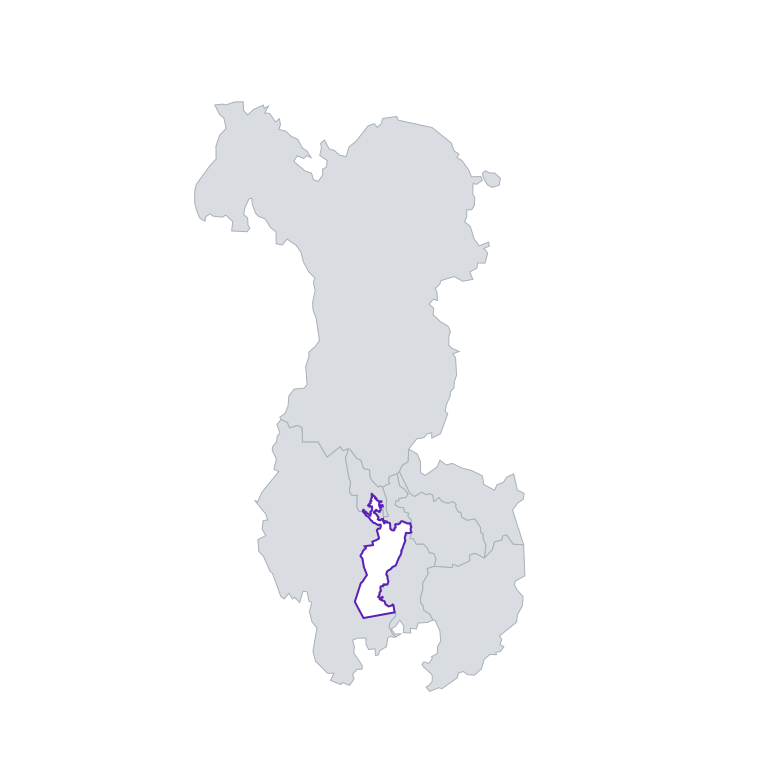 Uzbekistan and the surrounding countries, rotated 257°
{"feature_id": "UZB", "entity_name": "Uzbekistan", "entity_type": "country or territory", "adm_level": 0, "iso_a3": "UZB", "parent_name": "Asia", "parent_adm1": "", "projection": "robinson", "projection_center": [66.075, 41.364], "detail": "fine", "context": "with_neighbors", "style": "outline", "palette": "violet", "viewbox_px": 768, "rotation_deg": 257, "n_neighbors": 8, "source": "natural_earth", "source_scale": "50m", "svg_char_len": 13917}
<svg xmlns="http://www.w3.org/2000/svg" viewBox="0 0 768 768"><g transform="rotate(257 384 384)"><path d="M372.6,275.7L368.1,281.3L362.6,282.1L363.1,290.6L359.7,294.4L346.0,291.6L342.4,306.8L325.7,312.1L332.8,327.0L328.2,329.3L329.1,334.2L324.7,332.9L321.0,329.8L299.1,328.7L296.6,329.6L286.6,326.0L282.7,327.8L281.8,332.9L270.2,329.9L265.7,331.1L264.2,334.9L251.1,342.5L248.1,348.6L245.4,348.7L243.5,344.6L234.5,344.3L233.1,337.3L229.7,337.2L230.2,328.6L221.9,322.3L201.9,324.2L195.4,316.5L178.2,306.4L160.3,311.4L159.1,343.1L155.4,343.5L150.9,336.8L146.3,334.4L138.2,336.2L135.0,339.0L134.7,336.9L136.7,333.4L135.5,330.4L127.6,327.4L125.0,319.7L121.4,317.6L121.3,314.8L128.0,315.6L128.7,309.3L134.6,307.9L140.5,309.2L142.3,300.9L141.4,295.7L134.6,296.1L129.0,294.0L114.3,299.5L111.0,298.2L112.1,293.8L108.3,288.1L103.2,288.4L98.1,282.6L102.6,276.2L100.8,274.5L107.1,265.2L113.4,270.1L114.8,264.0L129.4,254.9L139.7,254.7L161.4,263.8L168.6,260.3L179.1,260.2L187.4,264.5L189.4,262.0L198.7,262.4L200.4,258.4L190.0,252.7L196.4,248.7L195.2,246.4L201.6,244.2L197.0,238.5L200.1,235.7L224.3,232.8L227.4,230.8L243.5,227.7L249.2,224.3L260.7,226.1L263.0,234.7L269.7,232.6L278.1,235.5L277.7,240.0L283.9,239.5L299.7,231.7L297.5,234.3L306.1,240.7L322.4,261.8L325.6,257.5L335.1,262.3L344.4,260.1L348.2,261.6L351.9,266.4L356.8,268.0L360.0,271.6L368.5,270.5L372.6,275.7Z" fill="#d9dde1" stroke="#a8b0b8" stroke-width="1"/><path d="M315.0,393.4L308.3,400.7L300.2,402.0L289.2,399.8L285.7,403.6L291.2,417.1L297.2,421.4L291.1,426.4L291.3,432.6L284.4,441.3L279.9,450.1L272.3,459.2L263.7,458.6L255.6,467.7L260.5,471.6L261.4,478.3L265.7,482.7L267.2,490.1L250.7,490.1L245.8,495.9L240.3,493.7L238.0,487.5L232.3,480.9L195.9,483.9L198.8,473.8L209.5,469.3L209.0,465.3L205.4,463.9L205.3,456.2L198.2,452.4L191.7,442.6L204.0,447.0L211.4,445.7L215.8,446.8L217.3,444.9L222.5,445.7L232.1,442.1L232.3,434.7L236.4,429.8L241.8,429.8L242.6,427.4L248.2,426.2L250.9,427.0L253.8,424.6L253.3,419.4L256.4,414.1L261.0,411.9L258.0,406.2L265.0,406.4L266.9,403.3L266.6,400.0L270.1,396.3L267.4,388.4L271.5,384.6L295.1,379.2L300.6,383.2L303.0,389.9L315.0,393.4Z" fill="#d9dde1" stroke="#a8b0b8" stroke-width="1"/><path d="M233.2,377.2L237.2,377.3L244.8,380.1L250.0,377.4L252.4,379.0L254.7,375.1L259.0,375.2L260.7,370.5L263.8,367.5L267.6,369.4L266.9,372.1L269.1,372.5L268.6,379.8L271.5,382.6L277.1,379.9L281.5,376.1L293.8,376.7L295.1,379.2L271.5,384.6L267.4,388.4L270.1,396.3L266.6,400.0L266.9,403.3L265.0,406.4L258.0,406.2L261.0,411.9L256.4,414.1L253.3,419.4L253.8,424.6L250.9,427.0L248.2,426.2L242.6,427.4L241.8,429.8L236.4,429.8L232.3,434.7L232.1,442.1L222.5,445.7L217.3,444.9L215.8,446.8L211.4,445.7L204.0,447.0L191.7,442.6L198.5,434.7L198.0,429.1L192.4,427.7L189.7,415.2L192.9,410.4L189.7,409.2L195.0,392.0L202.3,395.3L207.7,394.2L209.3,390.2L215.0,388.9L219.1,386.3L220.5,379.4L226.6,377.7L227.7,374.6L233.2,377.2Z" fill="#d9dde1" stroke="#a8b0b8" stroke-width="1"/><path d="M242.6,379.1L246.6,370.3L245.0,363.9L239.8,361.8L241.6,358.0L247.5,358.4L253.0,348.1L262.4,346.1L261.0,350.1L262.0,352.5L264.9,352.3L262.4,354.9L254.7,353.5L254.1,358.5L261.8,357.8L270.6,360.6L284.0,359.3L286.0,367.3L288.3,366.4L292.7,368.4L293.8,376.7L281.5,376.1L277.1,379.9L271.5,382.6L268.6,379.8L269.1,372.5L266.9,372.1L267.6,369.4L263.8,367.5L260.7,370.5L259.0,375.2L254.7,375.1L252.4,379.0L250.0,377.4L244.8,380.1L242.6,379.1Z" fill="#d9dde1" stroke="#a8b0b8" stroke-width="1"/><path d="M264.2,334.9L265.7,331.1L270.2,329.9L281.8,332.9L282.7,327.8L286.6,326.0L296.6,329.6L299.1,328.7L321.0,329.8L324.7,332.9L329.1,334.2L328.2,336.1L317.5,340.8L315.2,344.2L306.2,345.2L303.8,350.7L296.3,349.5L291.5,351.2L284.9,355.3L285.9,357.3L284.0,359.3L270.6,360.6L261.8,357.8L254.1,358.5L254.7,353.5L262.4,354.9L264.9,352.3L270.3,353.1L279.2,346.9L270.7,342.4L265.8,344.5L260.5,341.3L266.3,335.7L264.2,334.9Z" fill="#d9dde1" stroke="#a8b0b8" stroke-width="1"/><path d="M135.0,339.0L138.2,336.2L146.3,334.4L150.9,336.8L155.4,343.5L167.0,343.0L166.0,338.7L172.1,335.7L178.2,330.7L187.4,335.3L188.0,342.1L190.6,343.9L198.2,343.5L200.6,345.0L203.9,353.9L216.5,364.0L233.4,371.9L233.2,377.2L227.7,374.6L226.6,377.7L220.5,379.4L219.1,386.3L215.0,388.9L209.3,390.2L207.7,394.2L202.3,395.3L195.0,392.0L194.5,384.7L189.1,384.4L181.1,376.8L175.4,375.8L167.6,371.4L162.6,370.6L159.4,372.2L154.6,372.0L149.3,376.9L143.0,378.6L141.9,372.5L143.4,363.4L138.0,360.5L140.1,354.6L135.4,354.1L137.4,346.8L143.9,348.9L150.3,346.2L145.4,341.0L143.7,336.1L137.9,338.3L136.8,344.6L135.0,339.0Z" fill="#d9dde1" stroke="#a8b0b8" stroke-width="1"/><path d="M101.0,441.7L97.2,437.2L97.4,432.6L95.0,432.6L96.6,426.3L93.2,419.7L84.5,414.9L80.0,406.6L82.1,399.9L85.9,396.9L85.8,391.8L81.2,389.2L74.1,371.9L75.7,369.2L74.3,359.3L79.3,356.8L80.2,360.1L83.5,364.1L88.2,365.3L90.8,365.0L99.7,358.6L102.4,358.0L104.3,360.5L101.6,364.8L105.7,369.3L107.5,368.9L109.4,375.3L116.0,377.1L120.8,381.4L130.9,382.9L142.2,380.6L143.0,378.6L149.3,376.9L154.6,372.0L159.4,372.2L162.6,370.6L167.6,371.4L175.4,375.8L181.1,376.8L189.1,384.4L194.5,384.7L195.0,392.0L189.7,409.2L192.9,410.4L189.7,415.2L192.4,427.7L198.0,429.1L198.5,434.7L191.7,442.6L198.2,452.4L205.3,456.2L205.4,463.9L209.0,465.3L209.5,469.3L198.8,473.8L195.9,483.9L165.4,478.1L162.4,467.5L158.9,465.9L153.1,467.5L145.5,471.7L136.5,468.8L129.2,462.1L122.2,459.7L112.5,439.8L108.5,441.2L103.9,438.4L101.0,441.7Z" fill="#d9dde1" stroke="#a8b0b8" stroke-width="1"/><path d="M558.2,543.7L551.8,541.0L551.2,533.5L554.7,529.6L562.7,527.1L567.1,527.3L569.0,530.6L565.9,534.5L564.5,539.5L558.2,543.7ZM329.1,334.2L328.2,329.3L332.8,327.0L325.7,312.1L342.4,306.8L346.0,291.6L359.7,294.4L363.1,290.6L362.6,282.1L368.1,281.3L372.6,275.7L375.1,275.0L377.5,280.9L383.7,285.4L393.7,288.6L399.3,295.4L397.9,305.3L400.8,309.0L418.6,311.6L427.6,317.0L432.0,317.9L436.2,325.8L441.0,330.9L463.3,332.7L472.4,331.5L479.5,332.8L490.7,338.0L499.2,338.0L502.7,340.6L510.1,336.0L520.8,333.0L531.2,332.7L538.7,329.7L547.0,322.2L542.4,316.1L544.9,310.5L556.4,313.0L562.2,308.5L571.8,305.2L575.4,299.6L579.5,297.2L589.1,296.1L594.7,297.0L594.7,294.0L586.9,288.1L580.8,285.4L576.4,288.5L569.4,287.2L565.8,288.3L563.2,284.8L567.4,270.0L576.3,273.2L584.2,267.8L582.9,264.2L586.0,255.3L588.8,252.7L587.2,248.1L582.9,246.1L586.9,242.0L594.5,240.5L603.0,240.3L613.6,242.7L620.5,245.8L635.5,262.9L640.9,271.0L653.4,273.7L663.3,279.8L668.7,287.7L679.0,287.8L683.7,284.4L693.9,281.9L693.1,289.5L691.5,292.6L692.4,301.9L690.7,310.2L681.8,308.7L676.9,311.7L680.9,319.0L682.9,329.2L679.4,329.4L680.8,333.8L674.8,328.7L673.4,333.5L663.7,337.2L666.0,341.8L659.9,341.4L655.8,338.8L652.7,344.8L646.1,349.5L641.8,355.0L632.5,357.5L628.1,361.5L620.9,363.9L623.9,359.9L621.7,356.5L625.9,350.7L621.1,346.2L609.1,355.2L605.9,360.8L599.0,361.2L596.2,365.3L601.1,371.1L607.2,372.6L608.2,376.5L614.4,379.0L621.1,372.8L628.2,376.2L632.8,376.4L635.0,380.9L625.3,383.4L622.9,388.0L616.8,392.4L614.2,398.4L622.8,403.2L627.1,411.8L639.0,426.4L639.9,432.9L635.7,435.2L638.3,439.9L643.0,442.6L641.8,456.5L637.8,457.3L623.1,488.5L603.7,503.8L595.3,504.8L591.0,508.7L588.2,505.9L584.3,510.2L574.1,514.5L566.2,515.9L564.3,525.0L560.2,525.5L557.8,519.2L559.3,515.9L549.0,513.1L545.6,514.5L537.9,512.3L534.1,508.7L534.9,503.7L528.0,502.1L524.1,498.9L518.0,503.5L504.8,504.5L497.1,507.9L498.8,517.8L494.8,517.6L493.6,511.9L488.2,514.5L479.1,509.6L480.9,502.4L476.1,500.7L473.8,492.7L466.0,494.1L466.4,483.8L472.9,476.6L471.9,462.8L468.6,460.7L465.7,455.6L461.4,456.2L453.3,454.9L455.6,451.3L451.8,445.9L446.7,449.5L440.4,447.4L432.2,452.9L425.9,459.4L420.0,460.5L416.6,458.1L407.3,455.9L403.4,458.1L398.8,464.6L397.9,457.7L393.4,459.6L376.3,456.7L370.1,452.9L364.3,451.2L361.6,447.0L357.4,445.8L349.8,440.1L343.7,437.4L340.8,439.5L322.9,427.9L320.4,418.4L325.7,419.5L325.8,415.1L322.7,410.6L323.2,403.6L315.0,393.4L303.0,389.9L300.6,383.2L295.1,379.2L293.8,376.7L292.7,368.4L288.3,366.4L286.0,367.3L284.0,359.3L285.9,357.3L284.9,355.3L291.5,351.2L296.3,349.5L303.8,350.7L306.2,345.2L315.2,344.2L317.5,340.8L328.2,336.1L329.1,334.2Z" fill="#d9dde1" stroke="#a8b0b8" stroke-width="1"/><path d="M264.1,335.0L264.3,334.9L264.7,334.7L265.4,335.0L266.0,335.4L266.1,335.6L266.1,335.8L264.7,336.5L263.9,336.8L263.5,336.9L263.4,337.0L263.1,337.8L262.6,338.0L261.9,338.2L261.5,338.6L260.7,339.5L258.8,340.9L258.8,341.1L259.0,341.3L259.6,341.5L260.5,341.9L260.9,342.2L262.1,341.8L262.4,341.9L262.8,342.3L263.1,343.5L263.7,343.8L264.4,344.1L264.8,344.2L265.4,344.5L266.2,344.6L266.8,344.5L267.4,344.7L267.5,344.6L267.6,342.8L268.1,343.1L268.5,343.1L268.7,342.9L268.9,342.6L269.0,342.0L268.8,341.4L269.1,341.2L269.3,341.1L269.5,341.3L269.5,341.9L269.9,342.1L270.2,342.2L270.4,342.7L270.7,343.1L270.8,344.1L271.4,344.2L272.1,344.4L272.5,344.2L272.8,344.3L273.0,344.7L273.0,345.2L273.0,345.5L273.8,345.4L274.3,345.4L274.7,345.6L275.3,345.9L276.1,346.8L276.4,346.9L277.6,347.0L277.9,347.1L278.3,347.1L278.7,347.0L279.7,347.2L279.8,347.4L279.6,347.6L277.3,348.8L277.1,349.1L276.6,349.6L276.1,349.8L275.8,349.9L274.7,349.4L274.5,349.5L274.4,349.7L274.5,349.9L274.7,350.4L274.6,350.7L274.4,350.9L273.7,350.7L273.2,350.5L272.8,350.6L272.0,351.4L271.7,351.9L271.6,352.1L271.2,352.3L270.8,352.3L270.3,352.7L269.8,353.0L269.6,352.8L269.4,352.6L268.9,352.6L268.5,352.6L268.1,352.3L267.5,352.0L267.0,351.9L265.5,352.0L264.8,352.2L264.5,352.3L264.1,352.3L262.4,352.6L262.0,352.5L261.8,352.1L261.5,351.6L261.1,351.4L260.6,351.3L260.4,351.1L260.4,350.8L260.4,350.6L262.6,348.7L262.8,348.4L263.0,348.2L262.2,347.7L262.3,347.4L262.3,347.1L261.7,346.5L260.8,345.6L260.5,345.5L260.3,345.5L259.9,346.5L259.7,346.7L258.6,347.3L256.1,348.5L255.7,348.7L255.4,348.7L255.1,348.5L254.2,347.8L253.6,347.5L253.2,347.8L252.8,348.1L252.9,348.9L252.5,349.3L252.1,349.5L252.9,351.5L252.8,351.8L252.3,351.9L252.7,352.7L252.3,352.7L251.5,352.6L250.4,352.4L248.3,352.8L248.1,352.9L248.1,353.1L249.2,353.3L250.2,353.2L250.5,353.3L250.5,353.6L250.4,353.7L250.1,353.8L249.4,353.9L249.3,354.1L249.2,354.2L249.5,354.7L249.8,355.0L249.7,355.3L249.3,355.1L249.2,355.2L249.1,355.4L249.0,355.6L248.9,355.8L248.5,355.7L248.2,355.8L248.0,356.6L247.8,357.5L247.3,358.1L247.0,358.4L246.5,358.4L245.8,358.4L245.4,358.3L244.2,358.1L243.0,357.9L241.7,357.6L240.5,358.2L240.1,358.5L239.9,358.8L239.6,359.0L239.1,360.9L239.2,361.1L239.5,361.3L241.0,361.7L241.2,361.9L241.4,362.1L241.4,362.9L241.6,363.1L242.1,363.2L242.8,363.2L243.4,363.1L244.0,363.2L244.5,363.3L244.7,363.6L244.8,364.0L244.1,365.9L244.2,366.6L244.4,367.6L244.8,368.4L245.6,369.1L246.2,369.6L246.3,369.9L246.3,370.2L246.2,370.7L245.9,371.4L245.5,372.0L245.0,372.3L244.4,373.1L243.9,374.1L242.8,375.4L242.5,376.1L242.4,378.2L242.1,378.8L242.1,378.6L241.7,378.4L241.0,378.4L240.6,378.3L240.4,378.0L239.8,378.1L239.0,378.5L238.1,378.3L237.2,377.4L235.4,377.1L233.3,377.3L233.2,376.4L233.2,375.2L233.3,373.5L234.0,372.3L234.0,372.0L233.8,371.8L233.6,371.6L232.3,371.2L231.9,371.1L231.4,370.7L230.7,370.2L230.2,369.9L229.3,369.6L228.5,369.4L228.0,369.5L227.6,369.7L227.2,369.7L226.8,369.6L225.2,368.7L222.9,367.0L221.1,365.9L220.0,365.3L219.7,365.1L219.1,364.6L217.5,363.2L216.5,363.4L215.0,362.5L213.6,361.6L213.3,361.4L211.8,359.8L208.7,357.5L205.8,355.6L204.9,354.8L204.6,354.6L204.4,354.0L203.9,351.5L203.4,350.3L202.6,349.7L202.0,348.5L201.5,346.7L201.1,345.5L200.7,345.0L200.0,344.4L198.9,343.7L197.9,343.4L197.5,343.4L197.3,343.5L197.1,343.6L196.7,344.1L196.1,344.1L195.6,344.1L195.2,344.0L193.9,343.8L193.5,343.6L192.7,343.7L191.0,343.9L190.6,343.9L188.8,342.8L188.0,342.3L187.9,342.1L187.9,341.7L188.2,341.1L188.4,340.7L188.3,340.2L188.0,339.7L188.0,339.2L188.3,339.0L188.7,339.0L188.9,338.9L188.9,338.6L188.6,338.4L188.3,338.0L187.3,337.6L187.1,337.4L187.2,337.2L187.4,337.0L187.4,336.6L187.5,336.0L187.6,335.8L187.6,335.5L187.5,335.4L187.2,335.1L186.6,334.6L186.0,334.6L183.8,334.6L183.1,334.4L182.6,334.1L182.1,333.0L181.8,332.8L181.6,332.7L180.9,332.6L180.2,332.5L179.8,332.4L178.9,331.4L177.9,330.5L177.5,331.3L177.1,331.5L176.2,331.4L175.6,331.3L175.2,331.5L174.8,331.8L174.9,332.0L175.2,332.2L175.7,332.6L176.6,333.7L177.0,334.3L177.0,334.5L176.8,334.7L176.4,334.7L176.3,334.2L176.0,333.7L175.7,333.5L175.3,333.3L174.9,333.2L174.2,333.0L173.9,333.0L173.6,333.2L173.3,333.6L173.1,334.3L172.6,335.2L172.3,335.5L171.4,335.8L169.3,335.8L168.6,336.1L168.2,336.4L167.3,337.5L166.8,337.9L166.3,338.4L166.3,340.0L166.5,341.9L166.9,342.4L167.1,342.6L167.2,342.8L166.8,343.1L166.4,343.5L166.1,343.5L165.3,343.4L164.7,343.3L159.1,343.0L159.3,339.1L160.4,315.4L160.6,311.4L171.0,308.5L177.8,306.8L178.5,306.7L179.3,307.1L183.9,309.9L187.6,312.1L188.6,312.7L195.1,316.6L195.5,317.0L195.7,317.9L196.1,318.5L196.8,319.3L197.6,320.0L199.2,321.7L201.7,324.4L202.3,324.4L210.2,323.2L218.7,323.8L221.3,322.6L221.9,322.4L222.6,323.0L223.8,324.3L224.5,325.0L226.0,325.9L228.2,329.6L230.2,328.7L230.1,330.6L229.9,333.1L229.6,334.5L229.6,337.1L233.0,337.2L233.1,338.1L233.3,339.4L233.7,341.5L234.2,343.4L234.5,344.2L234.8,344.4L235.2,344.5L241.7,344.2L242.2,344.4L242.6,344.2L243.1,344.1L243.7,344.9L244.0,345.2L244.4,345.5L244.0,347.0L243.9,347.4L244.4,347.9L244.7,348.2L245.7,348.7L246.5,349.0L247.1,349.1L247.7,349.0L247.9,348.7L247.8,348.2L247.5,347.8L247.5,347.2L247.7,346.8L248.8,345.4L249.6,344.7L250.5,344.0L250.9,343.5L251.0,342.6L251.7,342.1L252.3,341.8L253.2,341.6L253.4,341.1L254.5,340.4L255.2,340.0L256.1,339.8L257.3,339.3L258.2,338.7L259.1,337.6L259.8,336.9L260.4,336.5L260.9,336.5L261.3,336.8L261.6,336.9L261.8,336.7L262.1,336.3L262.5,335.7L262.8,335.5L263.5,335.4L264.1,335.0ZM262.3,346.3L262.2,346.1L262.0,345.8L261.7,345.6L261.7,345.9L262.1,346.3L262.3,346.3ZM266.4,355.3L266.0,355.4L265.4,355.4L265.0,355.3L265.2,354.6L265.2,354.4L264.7,354.0L264.6,353.6L264.7,353.2L264.9,353.0L265.0,353.1L265.4,353.7L265.8,353.8L266.5,353.9L266.2,354.5L266.4,355.2L266.4,355.3ZM270.4,354.8L270.2,355.2L269.9,355.1L269.6,354.8L269.7,354.6L270.1,354.5L270.3,354.4L270.5,354.4L270.4,354.8Z" fill="none" stroke="#5b21b6" stroke-width="2"/></g></svg>